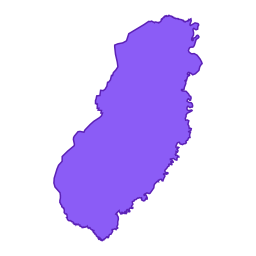 Krasang, Buri Ram, Thailand
{"feature_id": "78962969B46029670313066", "entity_name": "Krasang", "entity_type": "district", "adm_level": 2, "iso_a3": "THA", "parent_name": "Thailand", "parent_adm1": "Buri Ram", "projection": "natural_earth1", "projection_center": [103.326, 14.943], "detail": "fine", "context": "isolated", "style": "filled", "palette": "violet", "viewbox_px": 256, "rotation_deg": 0, "n_neighbors": 0, "source": "geoboundaries", "source_scale": "gbopen_adm2", "svg_char_len": 5853}
<svg xmlns="http://www.w3.org/2000/svg" viewBox="0 0 256 256"><path d="M67.7,151.1L62.2,156.5L62.1,161.3L58.6,165.2L57.0,169.0L54.2,178.2L53.9,183.0L55.0,187.0L60.0,192.7L60.4,195.4L60.4,198.1L59.9,200.4L59.9,202.6L60.5,203.3L60.7,204.2L61.7,205.4L61.8,206.8L62.7,207.2L63.4,208.3L63.7,208.1L63.9,208.6L64.3,209.9L64.2,212.6L65.4,214.0L66.3,213.9L66.8,214.3L67.3,217.2L66.8,217.5L67.2,217.7L67.1,218.5L67.8,219.8L68.7,220.6L70.2,220.8L70.7,220.6L71.6,221.7L72.2,221.6L73.1,222.2L73.3,222.4L73.2,223.1L74.0,223.3L74.2,224.3L75.4,224.5L75.7,224.2L75.9,224.7L76.2,224.1L77.0,224.6L77.9,224.2L77.9,224.7L79.9,225.1L80.0,226.2L81.8,226.7L82.1,227.6L83.2,227.6L83.8,227.0L84.4,227.3L85.1,227.0L85.7,227.1L86.1,226.6L87.1,226.8L87.3,226.3L88.3,228.2L89.0,227.7L89.8,227.6L90.1,228.0L90.0,228.5L92.0,230.0L92.6,229.9L93.0,230.4L92.9,230.8L93.8,230.7L93.4,232.2L93.9,232.8L94.6,232.9L94.8,233.9L95.1,233.8L95.9,234.4L96.3,235.8L96.7,236.2L97.6,236.7L98.1,236.3L97.7,236.9L98.0,237.0L98.1,237.7L98.6,237.5L98.4,238.4L98.8,239.3L99.3,239.2L99.2,238.0L100.0,238.0L100.1,238.3L99.6,239.1L100.2,239.2L100.4,239.8L101.1,239.2L101.8,239.8L101.4,240.2L101.8,240.6L102.5,240.6L103.4,239.7L104.0,239.7L104.3,238.8L104.9,238.8L106.7,236.8L107.6,236.7L107.5,237.6L108.4,237.6L109.3,234.8L109.8,234.4L111.0,234.2L112.5,231.6L112.6,231.0L112.0,230.0L112.2,229.5L113.7,229.4L115.0,228.7L116.0,229.6L116.4,228.9L117.7,228.1L117.7,227.8L117.0,227.5L116.9,226.7L117.8,224.6L117.7,221.9L118.4,219.0L118.1,216.8L117.2,215.3L116.8,213.7L116.5,213.6L116.3,214.3L115.8,214.1L116.6,213.0L119.1,210.6L119.3,211.6L120.9,214.0L122.0,213.7L121.5,213.2L122.0,212.3L124.2,213.4L124.8,211.8L125.2,211.5L125.6,212.3L125.5,213.4L126.0,213.7L126.9,212.6L126.7,210.1L127.2,209.5L128.3,210.0L128.5,211.7L129.6,211.8L129.8,211.6L129.6,210.4L128.9,209.7L129.5,208.5L130.2,208.1L132.5,208.4L132.8,208.2L132.8,207.5L131.7,207.5L131.4,207.3L131.8,205.5L132.6,204.8L132.9,204.2L132.3,202.6L132.4,201.6L134.1,201.0L134.4,199.9L135.9,199.6L137.6,198.1L138.6,198.1L139.4,197.6L140.8,198.0L141.4,197.7L141.7,198.0L141.6,199.9L143.5,200.9L144.7,200.6L146.0,198.4L146.5,199.1L147.2,199.0L147.2,197.7L146.0,195.1L145.2,194.8L144.3,195.4L144.0,194.9L144.3,194.3L146.9,192.9L149.1,193.6L150.0,193.3L153.8,187.9L154.1,185.2L154.6,184.1L157.0,181.6L158.4,181.7L158.0,180.9L158.4,180.2L159.3,180.1L159.9,179.5L161.2,179.3L161.6,179.5L162.0,180.7L162.9,180.9L163.8,178.3L164.9,176.3L164.7,175.0L163.6,174.5L163.6,173.9L164.7,173.7L166.6,174.2L167.9,173.6L168.0,173.0L167.5,172.6L166.6,172.8L165.0,171.8L164.8,170.4L167.0,168.0L167.6,166.8L169.0,166.0L169.1,165.4L168.8,164.6L169.0,164.2L170.2,164.1L171.4,164.7L171.9,164.6L171.8,163.8L170.8,162.1L170.8,161.8L171.5,161.6L172.9,162.3L173.2,162.2L173.1,161.5L171.4,159.6L170.4,159.6L170.4,159.0L173.7,158.5L175.1,159.7L176.8,160.1L177.0,159.9L176.9,158.6L177.6,156.8L178.8,157.0L178.7,156.3L177.5,156.0L177.3,155.5L176.5,155.1L175.7,155.3L175.3,154.3L176.1,153.5L176.1,151.5L177.4,152.2L178.0,150.9L177.9,150.3L177.0,149.3L177.0,148.8L177.7,148.6L178.8,147.5L178.1,147.2L175.9,147.1L175.9,146.1L177.3,143.0L178.1,142.5L179.4,142.3L180.1,143.9L182.6,144.6L183.6,143.8L185.3,143.6L186.3,142.8L185.9,141.8L186.5,140.6L187.6,140.2L188.6,137.8L190.0,137.5L189.6,135.7L189.8,133.9L190.4,132.4L188.9,131.9L188.7,131.5L190.8,130.6L191.3,128.7L190.4,128.2L189.3,128.5L188.8,125.8L187.9,124.3L188.8,120.8L187.5,120.0L185.7,120.2L185.3,118.3L186.1,116.4L186.1,114.9L187.2,113.2L190.6,111.6L192.1,110.6L191.7,110.0L188.6,110.6L187.2,109.7L186.9,108.2L187.4,106.7L187.8,106.2L188.2,106.2L189.7,107.5L190.3,107.5L191.3,107.1L192.4,107.0L192.7,105.9L192.3,104.0L191.2,102.7L188.9,102.4L187.0,101.1L187.4,99.8L188.3,98.7L188.8,98.8L189.7,100.3L190.5,100.2L191.1,98.0L190.7,96.4L189.4,95.8L188.7,94.2L186.1,91.3L182.1,90.9L181.4,90.0L181.7,89.5L184.0,89.4L184.4,87.2L185.8,83.6L185.8,82.4L185.0,80.6L185.6,80.2L186.4,80.7L187.6,76.5L189.5,75.4L189.5,74.0L188.3,74.7L187.5,74.5L187.4,73.6L188.2,72.5L188.8,72.3L191.2,73.4L192.7,74.8L195.4,73.7L198.9,70.4L199.8,66.7L201.4,64.1L202.1,63.7L201.7,62.2L200.1,59.1L197.1,55.2L194.2,53.6L191.9,53.8L190.9,53.5L189.0,52.0L188.4,50.6L189.1,48.6L189.7,47.6L191.3,47.1L192.9,47.1L193.6,46.6L194.5,44.9L196.0,39.9L196.8,39.0L198.4,37.9L198.9,37.1L198.9,36.6L198.3,35.8L197.8,35.3L197.2,35.3L196.5,35.8L195.4,37.5L193.3,38.2L193.1,40.3L192.3,40.6L191.6,39.8L191.8,38.2L193.5,35.1L193.6,32.7L193.0,29.9L193.2,28.9L193.9,28.3L195.5,29.6L196.3,29.7L197.7,29.1L197.8,26.6L198.7,25.0L198.4,24.0L197.7,23.5L195.0,22.9L190.6,25.5L190.2,25.3L190.0,24.2L191.2,20.9L190.9,18.8L190.5,19.0L190.2,19.6L189.3,19.5L189.5,19.8L188.9,20.1L188.1,21.0L187.7,21.0L187.7,20.7L187.0,21.3L185.9,21.3L185.3,21.9L184.0,21.6L183.9,21.1L183.5,21.0L183.6,20.5L182.8,20.1L182.4,20.3L181.5,19.7L178.9,19.2L178.6,18.9L178.4,19.2L177.2,18.5L175.6,18.6L175.0,18.0L174.4,18.2L173.4,17.6L173.5,17.3L172.5,17.1L172.4,16.6L171.8,16.6L171.5,16.2L170.2,16.0L169.2,15.4L168.7,15.4L168.5,16.1L167.6,16.0L167.2,16.3L166.5,15.8L166.2,16.3L165.6,15.9L164.8,16.6L164.6,16.3L164.1,16.7L163.9,17.5L163.4,17.5L162.6,18.3L162.2,19.2L161.7,18.9L161.3,19.3L161.3,20.5L160.7,21.4L158.9,22.8L158.7,22.4L157.5,22.5L155.7,22.0L154.5,22.2L154.4,22.6L151.6,21.1L150.2,21.6L148.7,21.4L144.0,24.6L128.8,33.7L126.6,40.5L125.9,41.2L122.7,42.9L117.9,43.8L114.7,45.1L114.7,46.9L115.5,54.2L117.3,62.2L117.9,66.9L115.9,69.9L113.4,72.6L112.5,75.6L111.5,75.4L110.4,80.0L108.5,82.2L107.6,82.3L106.8,86.5L106.1,87.4L105.4,88.9L103.3,90.6L100.6,90.3L99.9,95.5L96.7,95.9L96.1,99.0L95.5,100.5L95.5,103.6L96.7,103.6L96.7,104.1L97.4,104.1L97.2,108.3L98.8,108.3L98.1,110.1L101.5,110.5L100.9,113.0L102.5,113.1L101.5,115.8L99.7,117.5L93.8,121.3L90.3,124.4L85.0,129.9L83.9,132.2L80.0,131.4L78.0,131.7L74.3,136.2L73.6,137.6L73.4,139.5L74.4,144.2L74.2,145.7L67.7,151.1Z" fill="#8b5cf6" stroke="#5b21b6" stroke-width="1.5"/></svg>